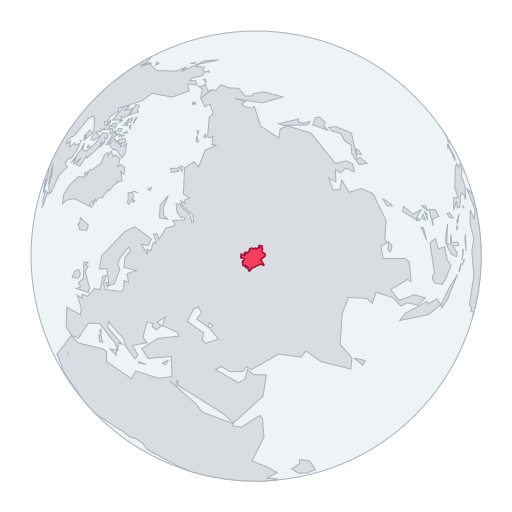 East Kazakhstan on an orthographic globe, rotated 312°
{"feature_id": "KAZ-3206", "entity_name": "East Kazakhstan", "entity_type": "Region", "adm_level": 1, "iso_a3": "KAZ", "parent_name": "Kazakhstan", "parent_adm1": "", "projection": "orthographic", "projection_center": [82.81, 48.617], "detail": "fine", "context": "on_globe", "style": "filled", "palette": "rose", "viewbox_px": 512, "rotation_deg": 312, "n_neighbors": 0, "source": "natural_earth", "source_scale": "10m", "svg_char_len": 15338}
<svg xmlns="http://www.w3.org/2000/svg" viewBox="0 0 512 512"><g transform="rotate(312 256 256)"><circle cx="256" cy="256" r="225" fill="#eef3f6" stroke="#a8b0b8"/><path d="M333.0,44.3L334.5,45.0L325.3,45.0L321.8,43.0L320.0,43.6L324.4,46.5L327.7,48.3L327.4,58.1L339.9,72.9L350.1,77.8L342.9,77.0L366.5,87.1L377.2,97.4L361.2,85.7L356.6,84.6L362.0,91.3L358.4,91.7L358.9,95.4L354.2,95.5L345.2,89.2L341.9,89.2L346.0,94.1L343.7,97.5L338.3,90.3L333.9,95.8L318.0,87.4L307.4,70.0L294.7,67.2L273.6,54.9L271.6,56.9L262.4,54.2L256.7,55.6L254.4,53.4L251.8,56.6L255.0,58.4L255.0,60.5L251.9,61.7L248.5,58.9L249.5,57.9L246.9,57.7L246.4,55.9L244.9,57.4L241.1,54.2L240.3,59.2L233.5,58.2L232.1,55.5L238.3,53.5L250.4,43.8L250.9,41.3L245.6,39.5L222.9,40.4L221.0,39.0L214.1,38.8L212.3,40.4L217.1,41.2L212.2,44.5L218.6,45.7L217.6,47.4L221.8,49.9L214.7,52.2L205.5,53.2L201.6,51.4L197.5,51.9L195.9,56.1L183.7,55.7L166.8,60.9L164.4,60.7L169.0,55.4L182.2,48.6L188.2,43.5L177.8,49.7L171.8,50.1L168.0,51.6L164.6,53.5L164.3,54.6L160.8,55.6L169.9,49.3L173.1,48.3L170.2,50.2L176.4,47.2L182.5,43.8L179.0,44.7L191.8,40.1L191.4,40.2L206.9,36.1L222.6,33.2L238.5,31.4L254.5,30.7L270.5,31.2L286.5,32.8L302.3,35.5L317.8,39.4L333.0,44.3ZM329.7,49.2L324.8,46.6L322.2,44.1L326.7,46.1L329.7,49.2ZM334.2,55.1L330.9,53.7L333.2,52.4L334.4,53.6L334.2,55.1ZM358.2,81.6L354.8,78.2L359.3,81.4L358.2,81.6ZM359.9,95.9L361.9,96.8L361.3,98.4L359.9,95.9ZM225.4,48.6L223.6,49.2L223.8,48.4L225.4,48.6ZM228.9,49.2L230.3,47.8L232.2,47.8L231.3,48.7L228.9,49.2ZM353.5,100.0L351.9,102.5L352.0,98.9L353.5,100.0ZM226.7,50.9L235.4,48.2L238.6,48.5L237.9,52.1L226.7,50.9ZM350.0,103.2L346.2,109.7L350.5,112.1L336.2,109.4L344.2,104.5L343.6,99.5L346.6,102.8L350.0,103.2ZM257.4,58.5L253.8,56.6L259.6,57.2L257.4,58.5ZM261.1,58.4L278.9,58.0L282.6,61.7L275.9,60.9L282.9,65.2L276.0,67.2L270.5,65.3L269.5,62.4L267.6,65.4L261.1,58.4ZM328.9,107.1L326.7,107.9L327.3,105.9L328.9,107.1ZM255.4,61.5L258.7,60.9L262.1,64.0L256.2,65.7L257.0,64.1L255.4,61.5ZM288.2,65.5L289.7,68.3L284.5,70.7L284.4,72.1L276.1,67.6L288.2,65.5ZM254.7,64.0L253.1,66.6L248.7,66.3L252.5,62.2L254.7,64.0ZM265.5,64.2L266.9,65.8L264.2,65.4L265.5,64.2ZM232.2,67.1L236.1,66.0L238.2,67.5L232.2,67.1ZM252.8,67.6L254.4,67.7L255.6,68.2L253.7,69.9L252.8,67.6ZM273.0,69.7L270.5,70.2L276.1,71.6L272.5,73.7L267.6,70.3L268.2,72.6L267.0,73.3L264.4,69.9L273.0,69.7ZM255.6,73.2L248.2,70.1L240.6,71.6L238.5,70.2L251.1,68.2L255.6,73.2ZM261.0,71.5L257.2,72.2L256.5,70.0L258.7,68.2L261.0,71.5ZM271.7,76.3L278.6,74.0L279.4,74.9L271.7,76.3ZM253.5,74.0L255.4,74.8L253.1,74.4L253.5,74.0ZM266.3,76.0L268.6,75.0L269.5,76.0L266.3,76.0ZM257.1,77.3L254.7,76.2L256.1,74.8L257.1,77.3ZM261.4,77.0L262.0,78.6L258.0,75.0L262.3,76.4L261.4,77.0ZM266.7,77.1L268.0,77.4L265.6,77.4L266.7,77.1ZM253.1,83.2L247.8,79.0L250.9,75.9L255.7,80.4L253.1,83.2ZM51.4,350.4L50.1,345.8L47.2,336.5L39.5,305.4L40.9,297.3L39.9,289.2L37.2,283.1L36.6,273.3L35.4,268.6L31.4,242.4L33.0,225.0L41.7,188.5L44.5,184.7L50.0,173.8L73.2,172.0L72.5,182.3L84.5,204.3L84.9,209.0L77.5,215.5L81.5,245.6L90.0,243.5L99.8,265.1L110.1,274.4L124.6,260.2L107.7,244.5L110.7,233.1L129.1,238.2L144.8,252.4L146.5,248.4L141.6,232.7L150.4,229.6L140.6,226.8L140.7,232.6L134.6,231.3L134.0,225.9L137.2,224.9L133.9,219.2L119.9,226.4L118.6,233.1L106.8,223.9L103.5,234.4L98.5,235.0L102.3,217.5L105.8,213.6L108.6,190.3L103.7,193.5L100.8,215.9L99.4,211.8L92.9,217.0L96.8,209.9L101.3,185.3L94.1,176.3L76.0,179.0L73.7,172.9L75.9,162.6L91.4,149.6L94.8,164.8L100.4,161.1L107.4,149.2L107.9,155.1L111.1,152.3L113.2,157.8L123.6,157.8L126.8,162.8L138.2,155.8L141.5,157.6L133.8,161.1L130.2,166.4L139.1,179.3L142.9,179.7L149.6,174.3L151.2,178.9L156.6,172.1L165.3,177.0L159.2,165.6L166.9,159.7L176.1,159.2L177.6,155.4L162.5,156.4L157.5,158.7L155.0,163.8L140.4,169.3L135.8,166.5L146.9,153.6L141.5,148.5L152.5,141.3L186.4,142.1L196.7,146.6L198.5,166.8L191.9,169.0L187.9,162.7L184.8,174.3L188.3,170.5L189.6,174.5L197.3,170.6L198.7,173.3L203.8,165.1L206.3,168.0L203.0,173.1L216.5,170.4L223.6,175.3L226.0,173.4L226.6,170.1L235.2,178.9L236.6,177.2L234.4,173.6L235.7,168.0L241.4,161.6L244.0,165.0L242.3,167.7L242.8,178.9L237.9,186.1L239.6,186.9L244.5,181.5L243.9,167.8L246.6,163.1L247.8,169.3L247.6,166.7L249.7,165.4L254.4,167.5L253.5,160.6L273.6,144.0L284.6,146.9L283.5,153.9L300.4,147.5L311.5,152.2L309.4,148.8L316.0,144.0L312.6,142.3L312.1,140.4L327.7,128.5L333.4,128.8L337.7,120.7L336.6,119.1L332.6,118.3L336.2,109.4L350.5,112.1L352.3,115.6L360.0,115.4L363.0,123.7L368.9,130.8L367.6,140.9L372.5,146.0L375.0,145.4L383.4,152.3L392.2,169.6L374.1,158.3L358.7,135.1L364.1,144.6L359.6,143.5L359.5,147.6L363.5,154.5L366.0,154.6L355.7,172.6L358.9,194.1L366.7,189.0L373.7,192.2L384.1,214.6L377.9,253.1L387.2,259.7L389.2,266.0L384.4,272.8L381.3,263.8L374.4,263.1L373.4,257.2L364.5,265.8L362.7,257.9L356.7,268.9L361.4,273.9L369.9,268.9L365.5,282.4L376.9,289.4L380.6,301.5L369.4,328.9L354.4,340.7L354.0,344.6L346.8,342.4L339.1,352.0L353.9,368.5L354.1,374.2L340.7,388.3L340.1,384.4L321.1,378.5L318.8,392.1L333.2,399.6L338.2,410.0L327.7,408.9L322.5,399.6L315.8,397.2L316.7,385.7L309.4,369.3L298.7,374.1L298.7,366.8L287.1,352.5L271.2,358.3L246.6,377.6L244.6,395.3L235.5,402.1L221.1,375.3L218.9,356.7L211.0,357.2L198.4,338.5L168.9,328.8L167.1,322.9L161.0,323.1L152.6,314.1L150.8,304.2L144.5,301.8L150.0,327.7L156.9,330.3L166.1,325.4L166.1,333.4L174.6,343.4L156.5,355.0L116.7,351.0L116.9,336.7L107.8,285.4L110.4,281.8L110.5,281.3L110.7,280.3L105.6,285.3L105.5,275.3L105.9,309.2L104.2,321.1L116.1,351.4L113.9,352.3L119.0,359.6L140.2,365.6L139.4,369.7L126.9,383.0L101.1,390.1L107.0,406.6L109.2,416.6L98.4,412.8L104.8,421.4L100.0,418.0L103.3,421.6L103.0,421.4L90.5,408.9L79.1,395.5L68.7,381.2L59.5,366.1L51.4,350.4ZM58.7,180.3L56.5,183.0L58.7,180.3ZM157.2,276.7L169.3,283.8L171.1,269.3L175.9,271.0L174.8,265.7L171.2,268.3L169.4,254.1L177.3,253.5L179.5,247.7L175.5,245.1L161.4,248.6L163.8,268.7L158.0,271.9L157.2,276.7ZM171.3,50.4L170.4,51.0L166.6,52.9L167.7,51.9L171.3,50.4ZM153.5,63.1L148.4,64.4L152.8,62.6L153.4,61.1L163.5,55.9L163.7,60.4L161.8,59.2L153.5,63.1ZM177.0,50.8L170.6,53.2L177.6,50.4L177.0,50.8ZM127.2,133.2L125.4,137.3L120.9,138.9L116.9,133.8L123.3,131.4L127.2,133.2ZM123.9,142.9L136.1,132.2L139.1,135.3L135.3,135.2L136.1,138.4L130.3,139.3L121.2,153.3L116.7,155.7L111.7,144.3L115.8,146.5L117.4,142.1L123.9,142.9ZM161.8,103.3L167.1,99.8L166.7,110.9L161.8,112.9L157.5,107.7L160.7,102.3L161.8,103.3ZM223.7,58.3L225.7,57.1L226.7,57.7L225.7,59.4L223.7,58.3ZM233.8,66.5L215.7,64.9L217.1,63.3L204.8,64.9L203.8,61.3L211.8,60.3L201.8,59.0L208.6,56.7L201.4,56.4L219.4,54.5L225.1,52.7L219.1,56.0L219.9,59.2L221.9,60.1L232.1,61.4L244.8,59.6L247.6,63.0L246.3,65.8L243.6,66.8L242.6,64.2L239.8,67.3L236.4,64.4L233.8,66.5ZM228.3,103.2L228.2,98.9L222.0,106.5L218.5,102.8L218.0,104.0L213.1,102.8L206.2,103.4L205.6,101.3L203.2,102.5L199.9,101.9L196.4,103.0L193.9,99.7L189.5,100.7L190.8,98.6L183.8,101.4L187.9,97.9L184.0,97.1L182.1,100.9L177.2,82.7L172.0,78.5L165.4,77.1L173.3,71.8L184.6,70.0L196.2,71.0L200.1,76.1L203.0,73.0L205.7,74.6L202.3,76.4L209.2,74.7L210.5,76.6L220.8,78.8L230.0,75.7L234.0,76.7L231.1,78.8L237.1,78.3L234.3,83.1L237.2,83.9L237.3,89.8L230.0,93.8L233.7,94.5L234.0,99.2L228.3,103.2ZM252.9,84.8L245.1,90.0L239.3,90.6L241.5,80.3L239.4,78.8L240.6,72.7L248.9,72.0L247.8,73.8L248.7,75.4L245.7,74.9L248.7,76.5L247.3,79.1L249.2,81.1L246.1,82.1L252.9,84.8ZM89.2,209.0L90.3,211.8L92.8,215.1L88.7,218.6L89.2,209.0ZM91.9,192.2L93.4,193.8L88.9,199.9L87.8,197.2L91.9,192.2ZM98.1,189.7L93.9,193.4L95.5,189.8L98.1,189.7ZM135.6,162.4L137.6,163.9L136.3,165.6L133.4,166.5L135.6,162.4ZM209.2,126.9L210.0,123.9L211.6,123.8L217.4,118.7L220.5,121.3L218.2,125.4L209.2,126.9ZM119.5,260.6L114.3,261.3L113.7,258.2L115.6,258.6L119.5,260.6ZM99.0,239.5L101.9,246.7L97.9,240.4L99.0,239.5ZM213.5,128.8L215.5,126.3L215.8,129.2L213.5,128.8ZM223.0,122.9L224.0,125.9L221.5,121.0L223.0,122.9ZM139.7,432.9L136.8,443.2L128.1,438.4L123.0,432.7L121.7,424.9L130.6,427.3L134.0,424.7L139.7,432.9ZM387.1,415.3L392.5,413.0L392.2,413.7L387.1,415.3ZM381.5,416.1L387.9,413.2L380.2,417.9L381.5,416.1ZM390.3,412.0L396.8,407.5L399.6,405.0L399.0,406.5L390.3,412.0ZM377.0,418.1L352.0,427.3L341.8,428.8L344.4,425.8L360.9,421.1L377.0,418.1ZM343.6,426.0L327.7,423.3L304.5,406.1L312.8,405.2L336.8,413.5L335.4,416.0L345.0,419.0L343.6,426.0ZM381.1,400.4L379.5,407.3L365.9,412.2L359.6,413.5L355.3,406.7L357.7,401.5L362.9,399.9L382.1,376.6L389.0,377.5L383.4,386.7L389.0,390.1L381.1,400.4ZM245.7,397.0L251.4,407.1L246.4,408.5L245.7,397.0ZM388.9,361.6L381.8,372.4L388.0,359.5L388.9,361.6ZM392.0,350.3L392.9,353.9L389.4,351.7L392.0,350.3ZM354.6,350.3L349.1,353.0L348.6,350.2L355.3,345.1L354.6,350.3ZM383.3,311.7L384.9,320.5L384.4,323.9L381.1,319.7L383.3,311.7ZM242.5,150.3L230.9,154.3L224.6,159.5L224.2,165.9L219.8,158.9L229.5,150.8L242.5,150.3ZM269.5,144.3L269.7,139.1L272.9,140.5L273.3,141.9L269.5,144.3ZM267.3,141.8L261.5,137.2L263.8,133.8L267.9,138.1L267.3,141.8ZM237.1,132.4L233.5,133.3L233.3,130.9L237.1,132.4ZM376.9,446.1L362.3,454.6L355.3,458.0L359.8,455.3L358.8,452.3L361.3,451.3L363.0,446.9L386.7,431.5L404.6,412.7L414.7,406.2L424.2,392.4L433.6,384.6L429.1,393.5L436.8,388.0L447.2,367.4L446.8,375.5L447.8,374.1L438.4,388.2L427.9,401.6L416.5,414.1L404.1,425.8L390.9,436.4L376.9,446.1ZM400.4,408.7L408.4,399.9L412.3,397.0L400.4,408.7ZM473.1,316.0L472.3,318.9L472.6,317.8L473.1,316.0ZM473.7,313.9L473.8,313.0L473.7,313.9L473.7,313.9ZM472.4,316.8L473.2,315.4L472.2,317.5L472.4,316.8ZM471.5,319.2L470.7,320.7L470.8,320.2L471.5,319.2ZM457.4,346.6L461.1,345.9L457.2,352.2L453.0,354.6L448.2,364.0L438.1,374.2L440.9,369.1L440.0,366.2L428.6,374.7L426.3,373.7L430.7,368.3L422.6,372.2L431.5,364.0L434.8,367.1L439.6,358.2L447.2,351.8L454.0,345.8L458.8,343.2L457.4,346.6ZM430.8,377.0L432.3,375.8L430.8,378.6L430.8,377.0ZM469.0,322.2L470.3,321.5L470.0,322.6L469.3,323.9L469.0,322.2ZM460.0,340.6L465.4,328.0L466.5,326.1L462.8,336.9L460.0,340.6ZM464.4,326.8L466.6,323.7L467.5,324.4L467.0,325.9L464.4,326.8ZM412.8,385.1L412.3,387.0L409.9,387.3L412.8,385.1ZM416.0,382.1L423.1,378.8L415.3,383.9L416.0,382.1ZM392.7,389.7L395.0,392.6L402.4,386.1L396.8,392.8L401.4,396.5L399.6,399.8L395.1,395.6L392.9,403.6L389.6,405.1L388.1,399.9L391.6,390.6L394.9,385.6L407.9,377.0L392.7,389.7ZM416.1,377.2L414.1,373.7L415.5,369.5L417.7,370.7L416.1,377.2ZM407.7,365.4L401.8,362.5L397.0,367.5L406.3,353.4L410.5,358.5L407.7,365.4ZM401.9,354.6L397.5,359.3L401.7,351.6L401.9,354.6ZM396.0,357.8L394.9,353.7L398.8,352.4L396.0,357.8ZM404.4,353.5L404.3,345.5L406.7,348.8L404.4,353.5ZM392.0,344.5L401.0,347.7L390.1,350.0L387.2,335.2L391.7,332.6L392.0,344.5ZM401.7,266.6L399.2,262.4L402.6,258.9L403.3,262.7L401.7,266.6ZM411.3,244.7L402.7,256.6L395.4,266.5L398.8,267.1L399.2,276.4L392.8,271.3L396.2,258.5L402.2,252.5L400.8,244.9L403.8,236.9L399.7,229.0L400.2,223.7L405.8,229.2L411.3,244.7ZM397.6,225.8L391.4,210.4L398.8,207.6L401.8,210.3L401.5,218.5L397.7,219.4L397.6,225.8ZM392.1,205.9L388.3,206.8L371.2,188.8L369.5,184.4L386.4,196.0L383.7,197.6L386.6,202.7L392.1,205.9ZM328.6,109.5L326.9,108.0L329.4,108.4L328.6,109.5ZM310.1,139.6L309.8,137.0L312.8,137.2L310.1,139.6ZM310.7,130.0L307.5,131.5L309.7,128.4L310.7,130.0ZM300.6,135.2L305.7,131.4L302.5,137.1L300.6,135.2Z" fill="#d9dde1" stroke="#a8b0b8" stroke-width="1"/><path d="M267.6,253.8L267.1,253.7L266.7,253.8L266.4,253.8L266.3,254.0L266.1,254.2L266.1,254.4L266.1,254.6L266.2,254.8L266.3,254.9L266.2,255.1L266.2,255.4L266.0,255.7L265.9,255.9L265.8,256.1L265.7,256.2L265.4,256.3L265.2,256.3L265.0,256.5L264.8,256.6L264.3,256.6L263.8,256.7L263.7,256.7L263.6,256.9L263.3,257.7L263.2,258.2L263.2,258.3L263.1,258.5L263.4,259.8L263.4,260.2L263.4,260.3L263.6,260.7L263.6,260.8L263.6,261.1L263.6,261.4L263.5,261.5L263.3,261.5L263.2,261.8L263.2,262.0L262.7,262.1L262.4,262.2L262.3,262.3L262.1,262.5L261.8,262.7L261.7,262.8L261.3,263.0L261.2,263.0L261.1,262.9L261.2,262.6L261.1,262.4L260.8,262.4L260.6,262.4L260.3,262.3L259.9,262.3L259.6,262.4L259.4,262.5L259.2,262.4L258.9,262.4L257.9,262.1L257.5,261.8L257.3,261.7L257.1,261.7L256.9,261.5L256.7,261.5L256.5,261.8L256.5,262.0L256.5,262.3L256.5,262.5L256.1,263.4L255.8,264.3L255.7,264.6L255.7,264.9L255.6,265.0L255.4,265.3L255.3,265.5L255.3,265.8L255.2,266.3L255.1,266.7L255.1,266.8L255.0,267.0L254.8,267.3L254.7,267.7L254.6,267.9L254.6,268.0L254.1,267.9L254.2,267.5L254.0,267.0L253.7,266.7L253.6,266.0L252.8,265.0L252.7,264.7L252.2,264.5L252.2,264.4L251.8,264.3L251.7,264.2L251.3,264.1L250.5,263.9L249.4,263.3L249.2,263.1L248.5,262.7L247.1,262.7L246.6,262.0L245.9,261.9L245.7,261.9L245.3,261.8L245.1,261.5L244.9,261.5L244.7,261.3L243.9,260.8L243.5,261.1L243.3,260.9L243.0,261.0L242.8,261.2L242.2,261.1L241.3,261.2L241.2,261.5L240.6,261.3L240.3,260.9L240.2,260.8L240.3,260.7L240.5,260.4L240.5,260.2L241.0,260.1L240.9,259.6L240.9,259.4L241.1,258.4L241.3,258.2L241.5,257.8L241.8,257.6L241.5,257.5L241.2,257.3L241.2,257.0L241.5,256.9L241.2,256.8L240.9,256.6L240.7,256.5L240.7,256.3L240.8,256.2L240.9,255.9L241.2,256.0L241.6,255.8L241.8,255.5L241.9,255.3L241.9,255.1L241.9,254.7L241.5,254.7L240.9,254.7L240.7,254.4L240.7,254.0L241.0,253.9L241.2,253.7L240.8,253.4L240.8,253.2L240.6,252.9L240.3,252.8L240.2,252.5L240.6,252.0L241.1,251.8L241.7,251.4L241.8,251.0L241.8,250.8L241.8,250.5L241.8,250.4L242.2,250.3L242.5,250.1L243.1,249.6L243.2,249.3L243.4,249.3L243.8,249.6L244.3,249.9L245.1,250.1L245.6,249.7L245.8,249.3L246.0,248.9L245.9,248.6L245.8,248.1L245.7,247.5L245.1,247.1L244.9,246.8L244.8,246.7L244.7,246.5L244.6,246.4L244.6,246.2L244.4,246.0L244.4,245.9L244.5,245.9L244.6,245.7L245.0,245.6L245.2,245.4L245.2,245.5L245.4,245.5L246.0,245.2L246.2,244.9L246.2,244.7L246.6,244.6L246.8,244.6L247.0,244.3L247.0,244.2L247.3,244.1L247.4,243.8L247.5,243.7L247.8,244.5L248.8,247.0L249.1,247.4L249.1,247.5L249.1,247.3L249.1,247.1L249.3,247.2L249.5,247.0L249.6,246.9L249.8,246.9L250.0,246.8L250.1,246.7L250.2,246.4L250.1,246.1L250.1,245.9L250.2,245.7L250.5,245.8L250.6,245.7L250.7,245.4L250.8,245.4L251.1,245.5L251.3,245.5L251.4,245.8L251.6,245.9L251.8,245.8L251.9,246.1L251.7,246.5L251.6,246.8L251.8,246.8L252.2,246.7L252.5,246.8L252.5,247.0L252.7,247.3L252.5,247.5L253.2,247.7L253.3,247.5L253.5,247.5L253.8,247.5L254.0,247.6L254.2,247.8L254.3,247.8L254.5,247.8L254.6,247.6L254.8,247.6L255.0,247.6L255.2,247.8L255.5,247.5L255.7,247.4L255.7,247.1L255.8,247.0L256.1,247.1L256.4,247.1L256.5,247.1L256.7,246.8L256.7,246.7L256.8,246.7L257.3,246.6L257.5,246.7L257.6,246.8L258.0,246.9L258.2,247.1L258.4,247.1L258.5,247.1L258.7,247.4L258.8,247.4L258.8,247.5L258.9,247.8L259.2,248.1L259.3,248.2L259.3,248.4L259.4,248.5L259.5,248.5L259.4,248.8L259.5,248.9L259.6,249.2L259.6,249.4L259.6,249.5L259.8,249.6L260.1,249.6L260.3,249.7L260.3,249.8L260.6,249.8L260.8,250.0L261.0,250.0L261.3,250.1L261.5,250.2L261.6,250.4L261.6,250.5L261.4,250.5L261.4,250.8L261.5,250.9L261.7,251.0L261.8,251.3L262.0,251.5L262.1,251.9L262.1,252.1L262.3,252.1L262.6,252.0L262.8,252.1L263.1,251.9L263.2,252.0L263.3,252.1L263.5,252.1L263.8,252.1L264.0,252.1L264.0,252.4L264.3,252.2L264.4,252.3L264.5,252.4L264.6,252.5L264.7,252.4L264.8,252.0L265.0,251.9L265.3,251.7L265.4,251.4L265.5,251.3L265.6,251.2L265.8,251.2L266.0,251.2L266.0,251.3L266.1,251.5L265.8,251.6L265.6,251.9L265.7,252.0L265.8,252.1L266.0,252.1L266.2,252.4L266.2,252.5L266.3,252.5L266.5,252.7L266.5,252.8L266.8,253.1L266.9,253.3L267.2,253.2L267.4,253.4L267.5,253.4L267.6,253.7L267.6,253.8Z" fill="#f43f5e" stroke="#9f1239" stroke-width="1.5"/></g></svg>